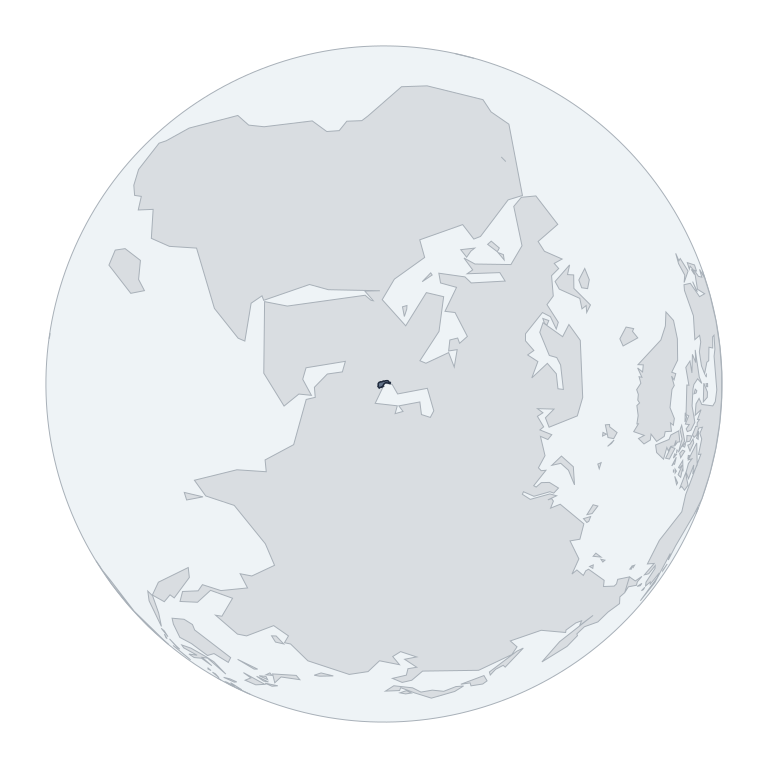 globe centered on Gilan, rotated 111°
{"feature_id": "IRN-3240", "entity_name": "Gilan", "entity_type": "Province", "adm_level": 1, "iso_a3": "IRN", "parent_name": "Iran", "parent_adm1": "", "projection": "orthographic", "projection_center": [49.412, 37.503], "detail": "fine", "context": "on_globe", "style": "filled", "palette": "slate", "viewbox_px": 768, "rotation_deg": 111, "n_neighbors": 0, "source": "natural_earth", "source_scale": "10m", "svg_char_len": 11794}
<svg xmlns="http://www.w3.org/2000/svg" viewBox="0 0 768 768"><g transform="rotate(111 384 384)"><circle cx="384" cy="384" r="338" fill="#eef3f6" stroke="#a8b0b8"/><path d="M377.3,46.1L394.9,47.9L430.8,53.8L446.5,55.5L439.6,56.0L472.3,60.0L494.5,67.0L466.6,59.5L461.7,59.3L475.5,63.7L473.4,64.5L478.8,67.4L475.1,68.4L459.1,64.9L456.4,65.7L466.3,68.9L468.8,72.5L454.7,67.5L457.6,73.6L431.3,70.9L396.5,60.2L379.2,62.7L335.9,63.0L337.1,65.1L321.4,67.7L316.9,71.4L310.2,71.2L312.4,74.4L319.5,73.9L322.8,75.4L320.8,77.8L311.8,77.7L311.5,76.5L307.9,77.7L304.2,76.8L304.9,78.6L294.3,78.8L301.7,82.3L290.7,85.6L284.5,84.7L289.2,80.0L286.6,69.2L281.8,68.4L270.2,71.2L239.8,85.8L232.8,87.6L220.2,93.4L222.2,94.1L232.6,90.0L233.2,93.8L245.9,89.2L248.0,90.4L259.5,88.4L253.3,94.1L241.0,101.1L231.2,103.4L225.5,106.8L231.2,109.7L209.4,119.6L189.0,137.0L183.8,139.5L180.2,134.1L189.4,120.7L184.8,117.0L183.2,125.3L170.3,132.8L166.2,136.9L164.3,140.4L167.4,140.1L162.0,144.3L161.6,136.8L166.5,132.8L166.6,135.0L170.8,129.1L170.4,125.6L163.9,130.5L170.2,122.6L165.7,126.2L164.5,127.1L171.4,121.5L164.1,127.4L184.4,111.4L205.8,96.9L228.3,84.1L251.6,73.1L275.8,63.9L300.6,56.5L325.9,51.1L351.5,47.6L377.3,46.1ZM47.7,416.6L49.1,428.6L50.1,435.8L47.7,416.6ZM388.5,46.1L389.7,46.1L393.2,46.3L388.0,46.2L386.4,46.1L388.5,46.1ZM458.2,57.0L450.5,55.1L458.7,56.8L458.2,57.0ZM480.3,67.7L483.1,68.2L484.7,69.6L480.3,67.7ZM262.1,85.5L260.8,86.9L259.4,86.5L262.1,85.5ZM268.4,83.5L267.6,82.1L270.5,80.9L270.9,81.8L268.4,83.5ZM480.5,72.5L482.2,75.1L477.7,71.8L480.5,72.5ZM268.6,85.7L275.6,79.2L280.6,77.4L286.3,79.5L268.6,85.7ZM481.4,76.2L485.8,83.2L492.5,84.5L476.1,85.7L477.8,78.8L471.2,74.3L477.9,76.6L481.4,76.2ZM322.5,72.8L315.0,73.4L323.1,70.9L322.5,72.8ZM327.0,70.9L347.3,62.6L357.5,63.5L348.6,65.8L363.3,65.8L358.2,70.3L349.1,71.3L343.5,69.7L345.8,72.7L327.0,70.9ZM466.3,85.7L465.0,87.2L463.3,85.1L466.3,85.7ZM324.7,75.8L327.9,73.8L337.0,74.3L332.2,78.5L330.8,76.9L324.7,75.8ZM369.6,63.9L375.5,65.4L373.0,69.3L375.0,70.5L359.0,70.5L369.6,63.9ZM327.8,78.0L329.6,80.7L323.5,82.7L322.2,77.9L327.8,78.0ZM341.3,72.8L345.4,73.4L341.6,74.3L341.3,72.8ZM302.9,92.5L306.6,89.5L311.6,89.4L302.9,92.5ZM330.7,81.6L332.8,80.9L335.2,80.7L335.1,82.9L330.7,81.6ZM358.4,73.5L356.1,75.0L364.8,73.6L363.3,76.9L352.9,76.5L356.8,78.1L356.3,79.1L348.4,77.7L358.4,73.5ZM342.2,84.7L328.5,86.0L320.6,91.2L315.9,91.3L329.4,82.9L342.2,84.7ZM346.5,80.6L342.8,83.1L338.8,81.6L338.9,79.1L346.5,80.6ZM366.0,79.5L371.0,74.5L373.1,74.8L366.0,79.5ZM340.7,86.4L344.0,86.1L340.6,86.9L340.7,86.4ZM359.1,81.8L360.6,79.8L362.9,80.3L359.1,81.8ZM349.5,87.3L345.1,87.6L345.0,85.7L349.5,87.3ZM354.5,85.0L357.4,86.0L347.6,84.9L354.8,84.0L354.5,85.0ZM361.1,82.5L363.0,82.1L360.1,83.2L361.1,82.5ZM352.3,94.5L340.0,93.5L339.8,89.3L351.8,90.7L352.3,94.5ZM90.2,450.6L83.1,393.5L91.6,381.6L96.7,360.5L158.4,322.3L167.6,334.1L211.7,346.8L216.5,352.1L207.0,367.7L236.6,402.3L251.3,391.4L282.4,411.9L305.9,415.9L321.9,384.6L283.5,377.2L281.1,359.6L315.2,351.5L349.4,358.8L349.6,352.3L331.5,334.9L343.0,324.5L325.7,328.0L330.0,335.5L319.3,338.3L314.7,331.7L318.9,328.0L309.7,323.2L291.8,343.3L294.3,353.1L267.8,350.9L269.4,367.4L260.9,372.5L255.0,346.8L258.4,338.8L244.5,307.8L238.5,315.8L251.3,345.9L245.7,342.1L237.7,354.5L239.4,342.1L227.0,308.3L205.5,304.7L171.7,326.5L160.5,322.7L154.0,309.6L172.7,279.0L195.7,291.2L202.6,281.8L203.5,262.5L210.4,268.3L213.6,262.3L222.8,266.4L241.2,257.5L251.5,260.3L263.9,243.4L270.9,242.9L261.5,252.8L260.5,261.7L286.4,269.9L293.0,267.4L299.0,256.1L305.4,260.3L307.9,248.4L325.4,248.2L306.2,238.9L312.7,226.8L326.1,219.9L324.8,214.6L303.0,225.9L297.4,232.2L298.1,239.9L279.9,257.1L269.8,257.5L275.8,234.2L262.2,232.7L272.9,216.4L325.3,193.7L344.5,192.1L365.2,214.4L357.7,221.2L346.5,216.3L352.0,231.9L353.9,225.3L359.2,229.2L366.8,219.6L371.0,222.0L371.2,209.2L377.1,211.1L376.8,219.2L393.2,208.0L406.9,209.8L408.6,206.2L406.5,201.9L425.3,207.8L425.7,205.0L419.7,201.8L416.6,194.3L418.6,183.8L425.0,186.4L425.1,190.5L435.1,203.8L434.6,215.2L437.4,215.3L439.3,206.1L427.2,189.8L426.5,182.8L433.5,189.5L430.9,186.5L432.6,183.9L440.2,184.0L433.1,176.4L442.9,147.3L458.7,145.5L463.8,154.1L477.4,139.4L494.1,140.4L488.5,137.3L491.3,129.3L486.1,128.7L483.6,126.7L488.4,108.1L494.4,106.5L490.2,96.7L487.3,95.3L482.6,95.8L476.1,85.7L492.5,84.5L498.2,87.5L504.6,85.4L516.6,93.1L529.5,99.1L538.8,109.9L548.2,114.4L549.6,113.2L563.4,119.1L586.9,137.0L561.6,127.7L525.1,105.9L539.4,114.8L534.3,114.7L538.3,119.3L548.5,125.9L550.9,125.4L557.6,149.0L578.6,174.0L581.7,165.6L590.8,167.7L617.4,193.1L638.2,245.1L650.6,251.9L656.1,260.1L655.8,270.6L647.8,258.8L641.2,259.6L636.7,251.9L633.6,266.1L627.1,255.7L627.9,272.6L635.3,278.2L640.5,268.9L644.0,289.0L658.2,295.8L667.6,312.4L669.7,355.9L660.2,378.0L661.2,384.2L653.4,382.9L649.1,400.4L668.4,422.0L670.0,431.2L660.2,458.4L658.9,452.1L638.3,448.6L638.8,472.0L654.6,479.9L660.1,496.5L649.9,497.7L643.7,483.4L636.4,481.6L635.3,462.2L623.3,438.3L612.7,450.3L610.6,438.6L592.5,421.2L575.7,437.5L551.0,480.3L552.4,510.3L541.8,526.5L516.8,490.6L508.1,462.5L497.5,467.8L473.0,446.6L426.3,451.1L421.1,443.4L412.0,447.8L395.0,440.5L387.6,427.2L376.7,428.2L396.8,462.6L408.7,461.6L420.6,447.7L423.9,459.9L440.4,469.4L417.0,500.1L349.9,525.0L345.9,502.2L307.9,433.4L310.5,426.2L310.4,425.3L310.1,423.8L304.1,435.2L298.4,421.2L315.9,469.8L317.8,489.2L349.0,526.3L345.4,529.5L356.2,537.0L393.8,529.3L393.5,536.6L374.2,569.4L324.3,607.7L332.4,633.7L331.4,653.4L303.7,662.1L309.6,675.8L295.8,677.8L297.3,684.4L288.1,688.8L271.6,690.0L239.8,680.3L235.0,674.5L214.9,657.6L185.7,616.7L190.8,603.1L186.8,588.1L164.1,545.3L168.8,527.9L163.5,516.6L152.0,512.9L146.1,499.1L139.5,495.0L100.2,474.2L90.2,450.6ZM132.7,350.0L130.0,355.9L132.7,350.0ZM383.0,383.5L405.2,385.3L399.6,363.8L407.7,363.0L402.8,356.4L399.1,362.3L387.9,344.1L399.1,338.1L398.6,328.8L391.2,327.9L372.5,342.0L388.4,367.7L381.4,376.3L383.0,383.5ZM170.4,133.2L170.2,133.9L167.2,137.9L166.7,137.0L170.4,133.2ZM166.1,152.1L157.5,158.5L163.2,152.9L160.7,152.4L169.6,140.6L181.7,140.2L174.6,142.2L166.1,152.1ZM184.8,125.8L177.8,132.6L184.9,125.2L184.8,125.8ZM222.0,228.1L223.3,233.9L217.1,239.4L204.2,238.0L213.1,229.7L222.0,228.1ZM226.7,241.0L236.2,219.6L244.6,220.4L238.3,223.4L242.9,226.1L233.9,231.9L232.6,254.4L227.0,261.0L206.3,253.4L216.1,251.9L214.2,246.0L226.7,241.0ZM245.8,170.9L250.0,163.6L262.8,174.4L257.3,180.0L244.1,178.4L242.8,170.8L245.8,170.9ZM277.3,91.6L278.2,89.5L280.6,89.4L282.0,91.0L277.3,91.6ZM304.2,91.1L276.4,100.9L275.9,98.9L260.3,108.2L252.9,106.6L263.3,100.5L245.8,106.7L252.3,100.6L240.6,105.7L264.5,92.2L269.6,87.5L266.8,93.1L273.4,94.5L277.8,93.8L294.1,88.5L308.3,80.1L317.2,80.9L319.7,83.7L317.6,85.8L312.5,84.5L313.4,88.3L304.5,88.1L304.2,91.1ZM343.7,126.9L338.7,122.6L339.0,133.8L330.0,132.2L330.6,133.6L322.4,135.4L313.5,140.2L310.1,138.6L308.1,141.3L302.6,142.8L298.7,146.1L291.2,144.5L285.8,148.5L285.3,145.6L278.1,153.0L280.1,146.9L273.2,148.8L274.9,153.8L243.7,141.3L229.0,142.1L215.7,146.6L220.9,136.5L236.7,126.3L256.5,118.4L269.9,119.6L269.8,115.3L276.2,114.7L273.6,118.4L281.4,112.5L285.9,113.2L303.6,108.5L312.1,100.6L318.8,99.1L317.7,102.6L325.1,98.7L327.7,104.4L332.5,103.6L339.9,108.9L335.1,116.7L340.9,115.3L346.8,119.8L343.7,126.9ZM354.0,96.1L350.3,104.9L343.6,108.6L333.6,98.0L328.8,97.9L322.1,92.1L332.0,87.1L333.0,89.1L336.3,90.0L331.9,91.2L337.9,90.9L339.4,93.9L344.5,94.6L341.9,97.2L354.0,96.1ZM224.6,348.0L228.8,350.5L236.0,352.3L231.1,360.5L224.6,348.0ZM215.7,325.1L219.9,325.6L216.5,337.3L212.2,335.1L215.7,325.1ZM225.1,316.3L220.4,324.7L220.4,318.9L225.1,316.3ZM265.7,252.9L270.5,253.0L269.9,255.9L265.9,259.2L265.7,252.9ZM342.8,162.7L341.0,158.9L343.1,158.0L345.8,149.0L352.7,150.0L353.7,155.7L342.8,162.7ZM313.7,389.2L305.3,394.4L302.5,390.7L305.9,389.6L313.7,389.2ZM265.0,378.1L274.8,385.0L263.5,380.2L265.0,378.1ZM350.7,162.2L351.1,158.3L354.3,161.3L350.7,162.2ZM357.9,150.3L362.1,152.9L353.8,149.1L357.9,150.3ZM458.6,713.3L461.8,712.8L456.2,714.0L458.6,713.3ZM390.1,652.9L371.6,683.4L355.3,682.9L350.4,674.2L355.9,655.7L374.3,650.6L382.7,641.1L390.1,652.9ZM696.2,499.4L699.4,495.2L699.0,496.6L696.2,499.4ZM693.2,500.7L697.3,495.1L691.9,504.4L693.2,500.7ZM698.8,492.9L702.9,484.3L704.8,479.6L704.1,482.6L698.8,492.9ZM690.1,504.9L670.6,525.6L662.0,530.3L664.7,524.1L678.7,512.2L690.1,504.9ZM664.0,524.6L649.9,523.6L625.5,501.0L634.4,496.4L658.9,503.2L657.5,508.2L666.0,511.1L664.0,524.6ZM695.3,470.8L693.7,483.8L683.6,494.6L678.6,497.9L675.3,486.3L677.2,476.6L681.5,472.6L694.4,429.1L699.7,429.6L696.6,446.1L700.7,451.5L695.3,470.8ZM554.2,512.5L563.0,526.7L556.8,531.6L554.2,512.5ZM696.7,403.1L693.5,422.0L695.5,399.8L696.7,403.1ZM696.2,384.3L697.8,390.0L694.6,387.0L696.2,384.3ZM663.8,392.8L659.4,398.7L657.9,394.4L662.6,384.5L663.8,392.8ZM674.7,326.7L679.9,339.5L680.9,344.8L676.3,339.2L674.7,326.7ZM409.9,170.0L398.4,180.9L394.7,190.5L399.8,198.2L387.7,192.5L393.4,177.6L409.9,170.0ZM438.2,149.5L433.7,143.6L438.8,143.6L440.6,145.0L438.2,149.5ZM433.2,147.7L421.8,145.5L421.3,140.6L430.4,143.3L433.2,147.7ZM386.0,152.7L382.1,155.7L379.6,153.1L386.0,152.7ZM652.2,589.5L656.5,583.2L658.2,581.2L665.4,568.8L685.6,535.9L702.2,497.2L704.3,491.7L694.4,517.7L682.3,542.8L668.2,566.8L652.2,589.5ZM703.7,487.3L709.1,470.7L710.9,465.7L703.7,487.3ZM720.0,419.8L718.9,426.2L718.7,423.7L720.0,414.8L717.8,420.2L720.4,407.1L720.5,413.9L721.6,399.0L721.6,397.7L720.0,419.8ZM718.2,434.1L718.5,431.6L718.8,430.0L718.2,434.1ZM713.5,442.8L713.1,446.3L712.2,446.5L713.5,442.8ZM715.0,437.5L717.4,432.7L714.5,440.9L715.0,437.5ZM703.1,450.6L704.4,455.8L708.7,443.8L705.4,456.1L707.4,463.2L706.0,469.4L704.2,461.3L702.1,476.4L700.1,479.3L699.8,469.6L702.4,452.2L704.3,443.2L711.5,427.7L703.1,450.6ZM715.3,428.6L714.5,422.1L714.9,414.7L716.0,417.0L715.3,428.6ZM710.3,407.5L706.1,403.0L703.8,411.8L707.1,387.6L710.8,395.9L710.3,407.5ZM704.5,390.0L702.5,398.2L703.6,385.1L704.5,390.0ZM701.1,396.0L699.3,389.4L701.7,386.7L701.1,396.0ZM705.9,387.9L703.8,375.0L706.3,380.2L705.9,387.9ZM694.4,375.1L702.1,378.9L694.6,384.1L687.5,361.5L690.2,356.6L694.4,375.1ZM666.6,258.4L662.2,253.1L662.7,247.7L665.6,252.8L666.6,258.4ZM660.3,227.2L661.4,244.6L661.5,259.6L664.6,259.6L670.2,272.6L662.2,266.7L657.4,248.4L658.4,239.1L652.5,229.2L649.5,218.1L640.7,208.4L637.4,201.5L645.7,207.8L660.3,227.2ZM636.8,204.7L620.4,186.2L624.2,181.4L628.7,184.3L634.6,194.6L632.2,196.5L636.8,204.7ZM617.6,180.5L615.1,182.4L585.8,164.2L580.6,159.3L604.9,169.4L603.9,171.9L610.4,177.6L617.6,180.5ZM468.7,88.2L465.4,87.3L468.3,86.8L468.7,88.2ZM480.7,126.7L477.9,123.8L481.3,123.0L480.7,126.7ZM471.8,115.9L469.9,118.7L469.3,114.6L471.8,115.9ZM466.0,125.6L467.8,119.3L469.9,127.0L466.0,125.6Z" fill="#d9dde1" stroke="#a8b0b8" stroke-width="1"/><path d="M380.3,378.7L380.5,378.7L380.8,378.7L381.0,378.5L381.1,378.4L381.5,378.5L381.5,379.0L381.5,379.3L381.5,379.6L381.6,379.9L381.7,380.6L381.8,381.3L381.8,381.5L382.0,382.0L382.1,382.4L382.1,382.6L382.4,383.0L382.7,383.3L383.0,383.5L383.8,383.9L384.1,384.1L385.9,384.3L386.1,384.3L386.3,384.2L386.6,384.2L386.6,384.3L386.5,384.2L386.5,384.3L386.8,384.4L387.5,384.6L387.8,384.8L387.8,385.0L387.9,385.3L388.0,385.4L388.0,385.5L388.1,385.8L388.3,386.0L388.8,386.5L389.0,386.7L389.1,386.8L389.5,387.0L389.4,387.2L389.3,387.4L389.0,387.5L388.8,387.7L388.8,388.2L388.5,388.7L388.2,388.9L387.6,388.8L387.2,388.9L387.1,389.0L386.1,389.5L385.9,389.5L385.4,389.5L385.3,389.4L385.2,389.4L384.9,389.4L384.3,389.2L384.0,388.9L383.7,388.6L383.7,388.4L383.2,388.1L382.9,387.1L382.7,386.8L382.2,386.2L381.5,385.8L381.5,385.6L381.4,385.3L381.4,385.1L381.4,384.9L381.3,384.7L381.0,384.4L380.7,384.2L380.0,382.9L379.6,381.8L379.6,381.4L379.7,381.2L379.8,380.9L379.9,380.7L380.9,379.4L381.0,379.3L380.9,379.2L380.7,379.2L380.5,378.9L380.3,378.8L380.3,378.7Z" fill="#64748b" stroke="#1e293b" stroke-width="1.5"/></g></svg>